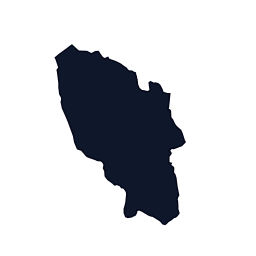 outline of Al Mawasit, Ta`izz, Yemen, rotated 54°
{"feature_id": "15242507B76760734874211", "entity_name": "Al Mawasit", "entity_type": "district", "adm_level": 2, "iso_a3": "YEM", "parent_name": "Yemen", "parent_adm1": "Ta`izz", "projection": "orthographic", "projection_center": [44.115, 13.304], "detail": "fine", "context": "isolated", "style": "filled", "palette": "ink", "viewbox_px": 256, "rotation_deg": 54, "n_neighbors": 0, "source": "geoboundaries", "source_scale": "gbopen_adm2", "svg_char_len": 2997}
<svg xmlns="http://www.w3.org/2000/svg" viewBox="0 0 256 256"><g transform="rotate(54 128 128)"><path d="M172.9,90.1L171.0,89.8L164.4,87.6L163.8,87.5L162.4,87.2L162.2,87.1L161.7,87.0L160.8,86.8L157.5,87.6L155.3,88.0L153.7,88.2L151.6,88.0L151.0,87.9L150.9,87.9L150.7,87.9L147.6,87.2L146.4,87.3L145.5,87.3L144.6,87.3L139.1,83.7L137.8,83.7L136.5,84.9L134.7,82.9L124.8,74.1L123.7,75.8L119.9,78.8L116.3,77.8L114.4,77.5L113.9,77.5L112.2,77.2L109.7,77.8L107.6,79.6L107.3,80.8L103.9,82.6L103.8,84.2L110.8,88.0L110.1,91.1L107.7,93.0L106.0,94.8L105.8,95.0L102.4,95.8L101.7,95.6L99.0,95.0L98.4,94.8L96.2,93.5L95.7,93.3L94.2,92.4L93.9,92.2L92.8,92.0L91.1,91.0L89.7,90.7L87.7,89.7L86.0,90.9L84.6,91.3L83.6,92.3L82.5,93.9L81.6,94.1L80.4,94.3L80.2,94.3L78.4,94.3L77.2,94.8L75.3,95.5L74.0,95.9L73.7,96.0L72.2,96.5L71.1,96.9L67.4,98.9L65.1,100.4L63.2,101.7L61.4,103.1L60.7,103.0L59.1,102.8L58.4,105.8L58.3,106.4L55.6,107.3L51.2,107.3L48.7,107.1L47.2,109.4L46.5,114.1L42.0,116.3L41.0,117.6L40.5,118.2L36.8,122.9L28.0,124.7L28.0,127.4L28.1,131.1L28.1,131.6L28.1,132.6L28.1,140.5L28.4,144.4L28.4,145.4L28.7,145.4L31.2,146.0L38.6,148.4L39.5,151.2L41.7,152.2L51.0,157.3L54.7,160.0L60.7,163.3L64.6,163.7L66.7,165.4L67.6,166.6L70.2,167.8L73.0,169.1L73.6,169.3L77.3,170.1L83.8,171.5L86.2,172.1L87.6,172.4L88.6,172.7L102.3,176.6L108.2,179.4L114.9,181.0L115.8,180.7L118.1,178.9L118.5,178.7L119.3,178.5L125.8,178.0L126.8,177.8L127.3,177.6L128.4,176.9L128.7,176.7L133.2,173.6L135.3,172.2L135.6,172.1L136.0,172.0L136.7,171.3L138.0,169.7L138.3,169.2L140.0,168.6L140.6,168.6L142.1,168.5L143.2,168.8L143.8,169.0L144.8,170.0L146.2,171.4L147.3,171.7L148.7,171.7L150.1,172.5L151.4,173.3L151.5,173.4L152.8,174.2L153.8,174.7L154.0,174.7L156.7,174.6L158.1,174.5L162.9,172.9L163.2,172.8L164.3,172.5L165.1,172.5L166.0,172.3L166.3,172.1L166.6,171.1L167.3,169.9L169.7,168.3L172.5,168.2L173.4,167.0L174.3,166.7L177.0,166.6L177.7,166.7L178.7,166.7L179.8,167.3L180.9,167.9L186.2,172.6L187.1,173.4L187.7,174.1L189.4,176.1L190.0,176.9L191.2,178.5L194.6,180.9L197.9,181.8L198.4,181.9L200.2,180.7L201.9,177.4L202.6,173.1L201.3,170.8L200.0,169.8L200.4,167.6L201.3,166.6L203.7,165.3L205.1,164.7L206.6,164.1L207.2,163.8L207.7,163.6L208.9,163.0L210.1,162.6L212.2,161.3L213.4,160.3L213.5,160.1L213.8,159.8L215.0,159.3L215.6,159.0L222.1,156.4L226.0,156.1L226.2,155.9L227.7,154.8L227.7,154.0L227.7,152.8L227.2,150.6L227.5,147.9L227.5,147.2L227.3,143.0L228.0,141.9L227.8,140.4L227.7,139.5L227.6,139.2L226.8,136.9L222.8,135.5L220.7,133.9L216.2,131.0L214.5,130.4L213.1,128.7L212.9,128.2L212.7,127.8L212.5,127.3L212.1,126.6L210.6,125.9L206.2,123.8L204.4,123.0L204.0,122.8L200.6,120.9L196.7,118.8L196.6,118.7L195.3,118.3L193.4,117.6L190.9,117.6L190.2,117.0L189.7,116.7L187.1,114.6L186.2,114.6L185.8,114.6L182.9,115.6L182.0,113.8L180.0,115.5L179.1,114.7L175.0,111.7L174.3,109.4L173.7,108.0L173.2,107.9L170.5,107.9L170.2,106.0L170.0,104.7L170.6,103.9L170.9,103.6L171.5,103.0L173.7,94.9L172.9,90.1Z" fill="#0f172a" stroke="#020617" stroke-width="1.5"/></g></svg>